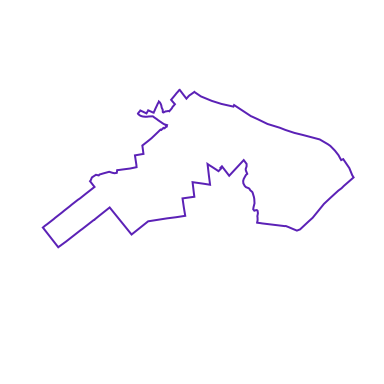 the district of Pietrosani, Teleorman, Romania, rotated 232°
{"feature_id": "2599482B72928006157347", "entity_name": "Pietrosani", "entity_type": "district", "adm_level": 2, "iso_a3": "ROU", "parent_name": "Romania", "parent_adm1": "Teleorman", "projection": "albers", "projection_center": [25.643, 43.732], "detail": "fine", "context": "isolated", "style": "outline", "palette": "violet", "viewbox_px": 384, "rotation_deg": 232, "n_neighbors": 0, "source": "geoboundaries", "source_scale": "gbopen_adm2", "svg_char_len": 4879}
<svg xmlns="http://www.w3.org/2000/svg" viewBox="0 0 384 384"><g transform="rotate(232 192 192)"><path d="M103.0,308.1L103.0,308.5L102.9,312.2L103.3,315.4L104.0,328.3L106.6,328.6L114.0,330.7L124.8,331.4L125.3,329.2L127.4,329.5L130.8,330.1L136.5,330.1L142.9,329.4L143.4,329.3L146.0,328.5L154.8,325.0L161.8,319.7L168.9,314.3L175.5,309.1L183.4,303.8L188.5,300.8L197.1,294.8L199.1,293.4L208.7,288.7L214.5,285.7L215.3,285.2L224.5,282.1L234.6,278.7L233.8,277.2L243.3,269.4L251.6,263.7L261.8,257.9L269.2,255.5L269.4,255.5L269.4,255.1L269.5,253.0L269.6,250.9L269.7,250.1L269.7,249.2L269.6,248.2L269.4,247.3L269.0,245.1L272.8,245.1L280.1,245.2L280.2,244.7L280.1,244.3L279.7,242.6L279.4,240.7L279.0,239.1L278.5,236.9L278.0,234.6L277.6,232.8L277.5,232.3L276.5,232.3L273.3,232.5L271.7,232.6L271.2,230.2L271.1,229.3L270.4,227.7L270.1,226.4L269.9,225.2L269.6,223.8L269.9,223.7L270.1,223.5L270.3,223.3L270.5,223.1L270.7,222.7L271.1,221.9L271.3,221.5L271.7,221.0L271.8,220.7L271.9,220.2L272.0,219.7L272.1,219.3L272.2,218.9L272.2,218.6L272.3,218.5L272.4,218.4L272.5,218.3L272.7,218.2L272.9,218.2L273.0,218.3L273.4,218.5L273.9,218.8L274.3,219.2L274.8,219.5L275.2,219.7L275.3,219.7L276.2,219.8L276.5,219.9L277.1,220.1L277.4,220.2L278.0,220.5L278.4,220.7L278.7,220.9L279.2,221.1L279.4,221.2L280.5,221.5L280.8,221.6L281.5,221.7L282.1,221.8L282.4,221.8L282.7,221.8L283.7,221.6L283.4,221.2L283.1,220.6L283.0,220.1L282.6,219.2L281.9,217.9L280.1,214.3L279.3,212.9L278.3,210.9L278.1,210.6L278.5,210.3L280.4,209.3L280.6,209.2L282.5,208.2L283.2,207.9L283.3,207.8L283.2,207.7L283.0,207.2L282.7,206.3L282.0,204.5L282.6,204.2L284.0,203.5L285.5,202.8L285.6,202.7L287.6,201.7L287.8,201.6L288.0,201.5L287.9,201.3L287.8,200.7L287.6,199.7L287.4,198.8L287.1,197.7L286.5,197.6L286.4,197.6L285.5,197.8L284.1,198.2L283.2,198.7L282.9,198.9L282.5,199.2L282.2,199.4L281.6,199.9L281.5,200.0L281.3,200.2L280.8,200.8L280.1,201.4L279.7,202.0L279.0,202.9L278.7,203.4L278.6,203.6L278.5,203.8L278.2,204.3L277.9,204.7L277.7,205.0L277.4,205.5L276.9,206.1L276.6,206.5L276.3,207.0L276.0,207.4L275.8,207.6L275.6,207.7L275.5,207.8L275.4,207.8L274.8,208.0L274.6,208.0L273.6,208.3L273.0,208.5L272.1,208.8L271.4,209.0L271.0,209.1L270.5,209.3L269.8,209.4L268.8,209.7L268.4,209.9L268.2,209.9L267.2,210.2L266.7,210.4L266.4,210.5L266.0,210.6L265.4,210.8L265.0,210.9L264.2,211.2L263.5,211.4L263.0,211.6L262.2,212.0L261.7,212.2L261.4,212.3L261.5,212.5L260.1,213.5L259.4,212.3L259.2,212.4L259.1,212.2L259.4,212.0L259.4,211.4L259.1,209.6L259.2,209.4L259.3,209.2L260.0,209.1L260.1,208.7L259.8,205.9L260.0,205.7L260.5,205.6L260.5,204.7L260.3,203.3L259.8,198.4L259.4,194.2L259.3,193.3L259.2,188.1L259.2,181.5L251.9,177.2L256.0,169.6L247.5,164.8L246.0,163.8L245.7,163.6L248.6,157.7L252.4,151.3L254.2,148.2L255.3,146.5L253.4,144.5L254.5,142.5L256.0,141.2L257.9,139.9L258.9,139.2L261.2,133.7L262.7,129.9L262.5,128.7L264.7,126.9L265.1,122.1L263.4,119.1L263.3,118.3L259.2,118.3L256.0,118.3L256.0,115.6L256.0,107.0L255.9,99.9L256.0,98.4L256.1,97.4L256.1,96.1L256.1,94.4L256.1,91.9L256.1,89.2L256.0,86.9L256.0,84.5L256.0,83.4L256.0,82.0L256.0,79.8L255.9,77.1L255.9,76.1L255.9,74.2L255.9,71.6L255.9,70.2L255.9,67.9L255.8,66.6L255.8,65.6L255.8,64.5L255.8,62.6L255.8,61.5L255.8,59.9L255.8,58.2L255.9,55.9L255.9,54.5L255.8,53.3L255.8,52.6L254.5,52.6L253.2,52.6L252.5,52.6L251.8,52.6L250.6,52.6L249.9,52.6L248.9,52.6L247.4,52.6L245.3,52.6L244.7,52.6L243.3,52.6L242.7,52.6L241.1,52.6L240.0,52.6L238.2,52.6L236.8,52.6L235.9,52.6L234.8,52.6L232.8,52.6L231.4,52.6L230.8,52.6L230.8,53.7L230.8,54.3L230.7,55.4L230.7,56.8L230.6,58.8L230.6,60.1L230.5,61.7L230.5,62.3L230.5,63.5L230.5,65.0L230.5,65.5L230.5,79.1L230.5,79.3L230.5,79.5L230.5,80.8L230.4,82.8L230.4,85.3L230.4,87.3L230.4,89.4L230.4,91.8L230.4,93.6L230.4,96.4L230.4,96.9L230.4,97.2L230.3,97.4L230.3,97.5L230.2,97.6L230.1,97.8L230.1,98.0L230.3,98.4L230.4,104.1L230.5,117.6L195.7,118.2L195.9,139.4L186.6,156.1L182.0,163.8L177.4,172.0L185.1,176.2L192.8,180.6L189.2,186.8L186.8,190.9L190.5,193.1L195.6,196.2L199.4,198.5L196.8,201.0L191.2,206.4L186.6,210.7L189.1,212.2L194.5,215.4L200.9,219.3L204.5,221.5L202.3,222.2L199.3,223.3L194.9,224.8L192.1,225.7L192.6,229.3L193.5,229.3L193.8,231.4L181.9,231.3L185.3,252.4L180.5,252.3L178.6,250.8L177.1,248.5L176.4,248.0L175.5,247.6L172.3,246.7L172.2,244.9L170.5,240.9L169.2,239.1L167.2,237.8L164.4,237.3L162.6,237.5L160.1,239.0L159.2,239.2L157.5,239.0L154.9,239.5L154.0,239.3L149.9,237.7L148.2,236.8L144.6,234.3L142.2,231.2L140.7,229.6L138.9,229.6L138.2,231.5L137.7,232.0L136.8,232.1L134.7,230.9L133.2,229.2L132.9,228.8L132.8,228.7L132.7,228.6L131.8,228.1L129.6,226.5L128.8,225.7L128.3,225.1L128.0,224.8L128.0,224.6L127.7,224.4L125.2,226.9L124.0,228.0L108.0,244.1L107.4,245.0L104.7,246.6L100.5,248.9L97.0,250.9L96.6,252.2L96.0,254.1L97.0,265.5L97.2,268.3L97.4,271.2L99.6,280.9L101.4,288.7L102.2,297.7L103.0,308.1Z" fill="none" stroke="#5b21b6" stroke-width="2"/></g></svg>